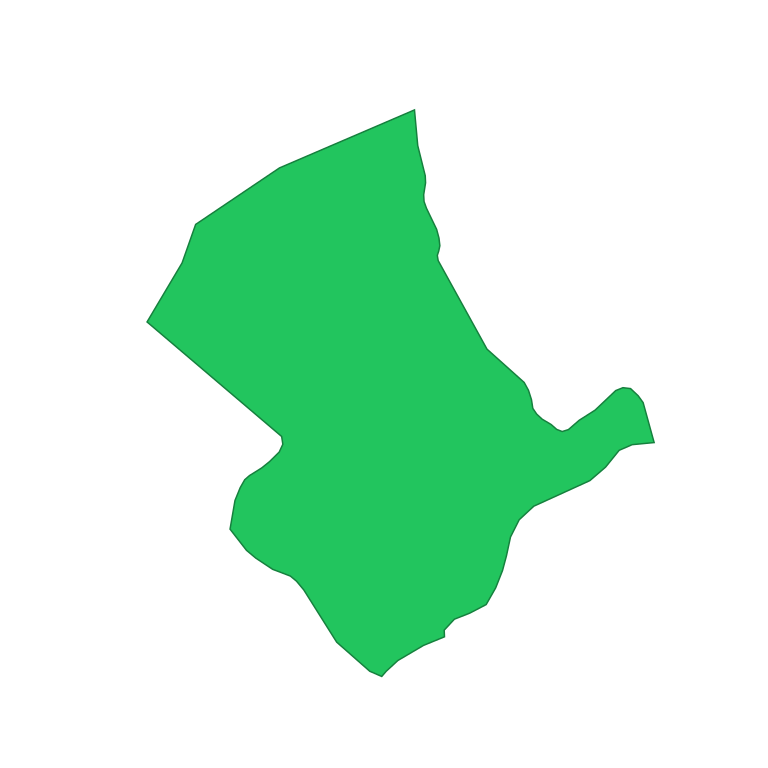 the border of Karak, rotated 219°
{"feature_id": "JOR-859", "entity_name": "Karak", "entity_type": "Province", "adm_level": 1, "iso_a3": "JOR", "parent_name": "Jordan", "parent_adm1": "", "projection": "robinson", "projection_center": [35.641, 31.103], "detail": "fine", "context": "isolated", "style": "filled", "palette": "green", "viewbox_px": 768, "rotation_deg": 219, "n_neighbors": 0, "source": "natural_earth", "source_scale": "10m", "svg_char_len": 1071}
<svg xmlns="http://www.w3.org/2000/svg" viewBox="0 0 768 768"><g transform="rotate(219 384 384)"><path d="M137.2,508.5L153.0,493.0L159.5,480.5L159.5,458.8L163.2,438.5L190.7,383.3L193.5,363.6L189.4,344.7L180.7,327.5L174.5,313.6L168.9,295.8L165.8,276.9L173.1,260.0L181.3,245.5L182.3,230.6L177.9,225.6L188.8,205.7L199.2,177.9L201.5,162.2L201.7,155.3L214.2,151.8L258.3,153.6L316.8,173.5L327.9,175.7L335.9,175.8L353.9,169.9L373.9,168.0L386.2,168.2L412.3,174.3L426.5,199.7L430.5,212.9L432.0,222.0L430.9,228.2L426.2,241.9L424.1,251.7L422.6,265.2L424.7,273.5L430.5,278.8L607.2,283.1L617.1,351.0L630.8,389.5L601.2,486.2L532.8,616.2L507.8,590.5L483.0,571.8L478.3,566.5L472.3,556.1L467.7,551.0L461.6,547.3L440.4,537.3L433.1,532.0L427.6,526.6L425.1,521.7L423.5,517.5L419.6,514.0L325.9,475.9L276.0,473.4L267.7,470.0L259.5,464.6L253.0,458.7L246.4,456.7L238.9,456.2L228.6,457.7L221.2,457.4L215.6,459.2L212.0,464.6L209.5,478.6L203.5,496.6L199.8,524.7L196.0,531.5L189.5,535.6L179.0,534.8L170.9,532.6L141.7,511.7L137.2,508.5Z" fill="#22c55e" stroke="#15803d" stroke-width="1.5"/></g></svg>